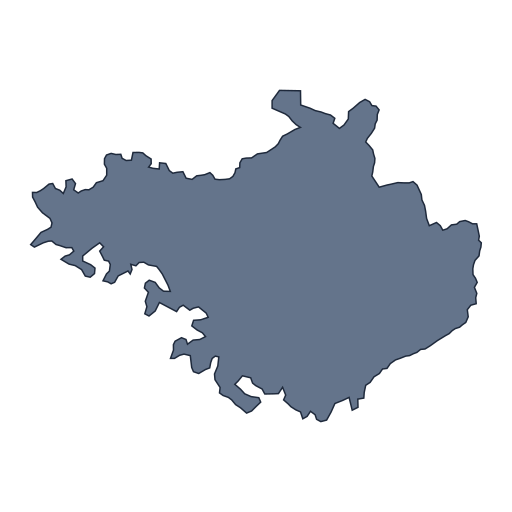 outline of Honório Serpa, Paraná, Brazil
{"feature_id": "56859067B29869228450970", "entity_name": "Honório Serpa", "entity_type": "district", "adm_level": 2, "iso_a3": "BRA", "parent_name": "Brazil", "parent_adm1": "Paraná", "projection": "mercator", "projection_center": [-52.402, -26.16], "detail": "fine", "context": "isolated", "style": "filled", "palette": "slate", "viewbox_px": 512, "rotation_deg": 0, "n_neighbors": 0, "source": "geoboundaries", "source_scale": "gbopen_adm2", "svg_char_len": 4249}
<svg xmlns="http://www.w3.org/2000/svg" viewBox="0 0 512 512"><path d="M352.2,410.2L358.0,407.3L357.8,399.1L363.8,398.1L364.2,392.5L365.7,385.3L370.1,382.4L374.0,376.8L379.4,373.5L382.5,369.0L387.0,368.4L390.3,363.6L395.5,359.9L399.9,358.4L405.7,356.1L409.6,355.6L413.4,353.7L416.9,352.4L420.6,349.4L425.0,349.0L430.3,345.7L437.4,340.6L445.7,335.5L449.2,333.6L452.1,330.7L455.2,328.6L459.6,327.2L462.4,324.8L465.8,322.4L468.2,316.8L467.3,309.7L470.8,305.2L476.2,303.7L475.7,297.7L476.8,293.4L474.4,287.3L477.2,282.4L475.5,278.3L473.0,274.6L472.8,268.8L473.5,264.7L475.0,260.4L479.0,255.9L479.7,250.8L480.9,247.1L481.3,242.8L478.6,240.2L479.3,236.2L478.0,229.9L476.7,223.8L472.5,223.8L468.7,221.8L465.2,220.5L459.7,221.6L456.7,224.2L451.4,224.9L447.1,228.8L442.8,230.2L440.3,225.7L436.5,222.5L429.3,225.7L426.6,218.5L425.6,211.1L424.5,205.4L421.9,199.9L421.3,194.5L417.0,185.1L413.0,181.6L409.2,182.9L404.3,182.9L397.8,182.6L391.0,184.2L387.1,185.0L379.2,187.2L371.8,176.0L372.7,172.1L373.4,166.5L374.6,162.8L374.9,158.4L373.6,154.2L372.7,149.9L369.1,145.5L365.7,142.0L367.4,138.3L371.3,133.4L374.6,128.2L375.2,123.9L377.1,120.1L377.3,114.5L379.1,109.9L376.0,106.1L371.9,105.6L369.6,101.7L365.1,99.4L359.7,102.5L353.2,108.2L348.6,111.6L348.3,119.0L344.0,125.0L339.4,128.4L333.1,123.3L334.8,118.3L330.5,115.0L325.3,113.6L321.1,112.0L315.2,110.6L310.0,108.2L300.7,105.0L300.5,90.8L279.5,90.4L272.1,100.6L272.1,108.2L285.4,114.0L288.8,116.5L292.2,120.9L296.1,124.6L300.4,127.4L294.9,129.5L287.2,134.0L282.6,136.2L280.0,140.3L278.3,143.7L275.2,146.9L266.7,152.5L257.4,153.9L251.6,157.9L246.1,158.1L242.2,158.8L239.9,162.8L239.7,167.6L235.8,168.9L235.0,172.7L232.9,176.4L229.6,178.8L225.1,179.4L219.4,179.7L215.0,179.2L212.8,175.3L209.9,172.6L204.7,174.7L201.0,175.3L196.7,175.8L192.1,179.4L186.1,178.2L182.9,171.7L177.0,172.3L172.8,173.2L169.3,170.6L165.8,163.5L159.6,162.8L159.2,169.0L152.9,168.3L148.6,167.1L151.2,163.7L151.1,159.0L145.9,155.7L142.8,152.9L139.0,152.4L133.0,152.5L131.4,160.2L126.1,160.5L122.1,158.3L120.8,154.3L115.8,154.5L111.1,153.4L106.5,155.0L104.5,158.7L104.4,164.2L106.7,168.3L106.7,175.2L103.0,180.7L96.4,182.7L93.2,187.2L88.9,189.8L85.2,189.6L81.2,191.0L78.2,193.0L73.7,189.8L75.5,183.6L72.1,179.0L65.9,180.7L66.1,186.9L63.3,193.5L59.7,190.2L55.4,188.5L52.7,183.5L49.0,184.1L43.7,188.5L40.4,190.7L36.7,192.5L32.5,192.4L32.6,197.1L35.2,202.0L37.6,207.2L42.5,212.8L50.0,218.4L52.0,222.9L51.0,227.2L47.5,229.4L41.0,232.4L36.5,237.8L30.7,244.6L34.4,247.1L43.3,242.8L48.3,241.2L51.8,241.0L56.0,244.5L59.9,245.6L66.0,247.7L71.8,247.6L73.8,251.1L69.5,254.8L65.1,256.1L61.0,259.3L69.0,264.1L75.2,265.6L81.6,269.6L85.3,276.1L90.2,277.2L94.5,273.6L95.0,268.1L90.7,264.7L82.7,261.0L82.7,256.0L92.2,248.1L99.7,242.8L103.6,246.8L99.7,251.1L102.4,256.3L104.3,260.2L108.6,261.1L110.3,264.5L109.4,271.1L106.5,273.9L103.0,280.8L107.8,281.9L111.1,283.8L114.6,282.3L118.2,275.9L128.0,271.0L130.2,274.0L132.0,269.5L130.8,264.3L135.9,265.8L139.1,262.5L143.8,262.2L148.4,264.9L156.6,266.4L159.1,269.5L162.3,274.0L168.0,285.2L170.3,291.4L163.5,291.2L159.2,287.9L155.2,282.4L149.2,280.2L145.4,283.2L144.4,288.0L148.4,292.3L145.3,301.3L146.9,306.7L144.8,313.8L149.0,316.0L155.2,311.0L159.4,302.5L176.6,311.6L179.4,307.3L183.2,305.2L189.8,310.2L193.3,308.2L198.5,306.9L206.2,313.1L208.2,317.3L200.6,319.8L193.6,320.3L191.8,325.9L197.1,330.0L202.4,332.8L205.5,336.6L199.8,339.5L193.1,340.1L187.5,344.2L186.0,339.5L181.5,337.7L175.1,341.2L173.4,344.7L173.5,350.1L170.5,358.4L174.5,358.4L179.6,355.3L184.0,354.1L190.3,355.6L191.7,367.5L193.5,371.7L198.7,373.5L205.5,369.5L209.7,367.9L210.7,362.6L212.2,358.4L215.3,356.1L218.8,356.9L217.8,366.0L214.5,374.0L215.0,379.7L220.1,387.5L219.5,392.9L223.1,395.5L228.4,397.4L231.7,399.9L235.6,404.6L240.4,407.7L246.6,413.1L251.6,411.0L256.3,406.3L260.7,402.1L258.8,397.7L251.1,396.6L244.7,393.8L240.5,389.2L234.8,384.3L237.9,381.3L242.4,375.8L250.7,377.8L252.6,383.1L255.7,385.6L262.1,389.0L264.8,394.0L274.2,393.8L278.4,393.6L282.6,387.3L285.7,395.1L283.6,399.9L288.2,403.9L290.9,406.7L295.9,409.9L300.5,411.9L302.8,418.8L307.1,416.4L310.5,411.3L315.1,414.7L316.6,419.3L320.8,421.6L326.6,420.1L331.1,412.0L334.9,403.5L342.7,400.4L349.1,397.4L352.2,410.2Z" fill="#64748b" stroke="#1e293b" stroke-width="1.5"/></svg>